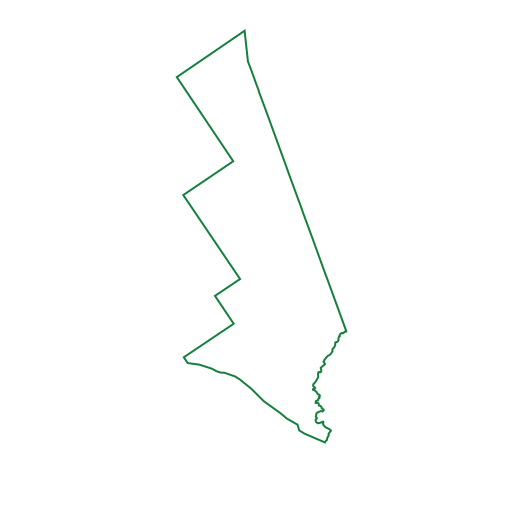 Gogebic, Michigan, United States of America (Equal Earth projection), rotated 236°
{"feature_id": "52423323B42798401183733", "entity_name": "Gogebic", "entity_type": "district", "adm_level": 2, "iso_a3": "USA", "parent_name": "United States of America", "parent_adm1": "Michigan", "projection": "equal_earth", "projection_center": [-90.104, 46.431], "detail": "fine", "context": "isolated", "style": "outline", "palette": "green", "viewbox_px": 512, "rotation_deg": 236, "n_neighbors": 0, "source": "geoboundaries", "source_scale": "gbopen_adm2", "svg_char_len": 2323}
<svg xmlns="http://www.w3.org/2000/svg" viewBox="0 0 512 512"><g transform="rotate(236 256 256)"><path d="M448.6,290.4L347.3,290.1L347.2,229.8L245.8,229.9L245.9,199.7L212.3,199.6L212.4,139.5L205.6,139.5L204.7,140.3L197.7,148.2L187.3,156.4L182.8,158.7L179.5,161.1L176.8,164.6L168.0,171.2L163.4,173.3L148.5,177.9L131.5,181.2L111.6,188.5L104.1,190.6L93.0,196.1L87.3,194.3L81.7,196.8L62.9,208.9L63.5,209.9L63.8,211.9L65.6,213.7L66.2,215.3L67.2,216.4L67.6,216.4L68.1,217.0L68.9,219.2L69.0,220.0L69.5,220.5L71.2,220.1L74.6,218.2L75.8,217.7L78.1,217.4L79.2,217.8L79.3,217.7L79.7,217.8L80.3,218.8L80.8,219.0L81.2,218.9L81.4,218.6L81.9,215.5L82.8,213.7L84.8,213.0L86.1,213.3L87.3,214.4L87.2,215.1L87.5,215.8L88.1,216.0L89.2,215.7L91.8,218.2L91.9,219.0L91.5,221.9L90.8,223.6L89.9,224.3L90.1,225.8L91.0,226.2L91.3,225.9L92.6,225.5L93.0,225.4L93.8,225.8L95.2,225.7L96.2,225.3L96.3,225.0L96.7,224.6L98.6,225.3L99.2,225.3L100.4,224.1L100.6,223.6L100.9,223.3L102.1,224.5L102.3,225.0L101.6,226.5L102.7,227.8L102.7,228.1L102.7,228.5L102.6,229.0L102.8,229.3L103.2,229.4L103.8,229.3L104.1,229.7L104.1,230.1L104.1,230.5L104.7,230.9L105.4,230.9L105.9,230.7L106.3,230.2L108.7,230.0L109.3,230.2L110.0,230.0L111.9,229.4L113.2,228.4L113.5,228.5L113.8,229.1L113.4,230.3L113.3,230.7L113.5,231.3L114.0,231.3L115.7,230.7L116.2,230.7L117.2,231.3L117.7,231.9L117.7,232.5L118.5,235.2L120.6,239.5L121.3,240.2L123.5,241.5L124.7,242.7L124.8,243.0L124.6,243.4L123.9,243.9L123.5,244.7L124.2,245.8L124.6,246.2L127.0,247.0L127.3,248.2L127.7,252.6L128.6,252.9L130.6,252.8L130.7,253.0L130.8,253.6L131.6,254.7L132.9,258.8L133.0,259.6L132.8,261.9L133.1,263.5L134.4,266.3L135.7,267.0L136.1,267.7L136.7,270.1L138.1,272.0L139.2,273.0L139.5,273.0L140.0,273.3L139.4,275.5L139.6,276.6L140.3,277.5L141.6,278.3L142.5,279.4L142.6,279.8L142.6,280.3L142.7,280.7L143.1,280.8L143.4,280.8L143.6,281.0L144.2,282.4L144.2,284.0L144.0,284.4L143.4,284.7L143.2,285.4L143.3,285.9L143.4,286.2L143.6,286.9L143.5,287.8L143.0,288.2L142.9,288.3L143.0,288.7L143.2,288.8L194.9,301.7L197.7,302.4L200.1,302.9L200.6,303.0L239.5,312.8L265.7,319.2L273.6,321.3L301.9,328.2L312.3,330.9L371.6,345.7L387.0,349.4L387.5,349.5L390.9,350.4L391.5,350.6L392.0,350.8L393.9,351.3L401.4,353.1L402.8,353.5L412.7,356.0L421.8,358.1L449.1,372.5L448.6,290.4Z" fill="none" stroke="#15803d" stroke-width="2"/></g></svg>